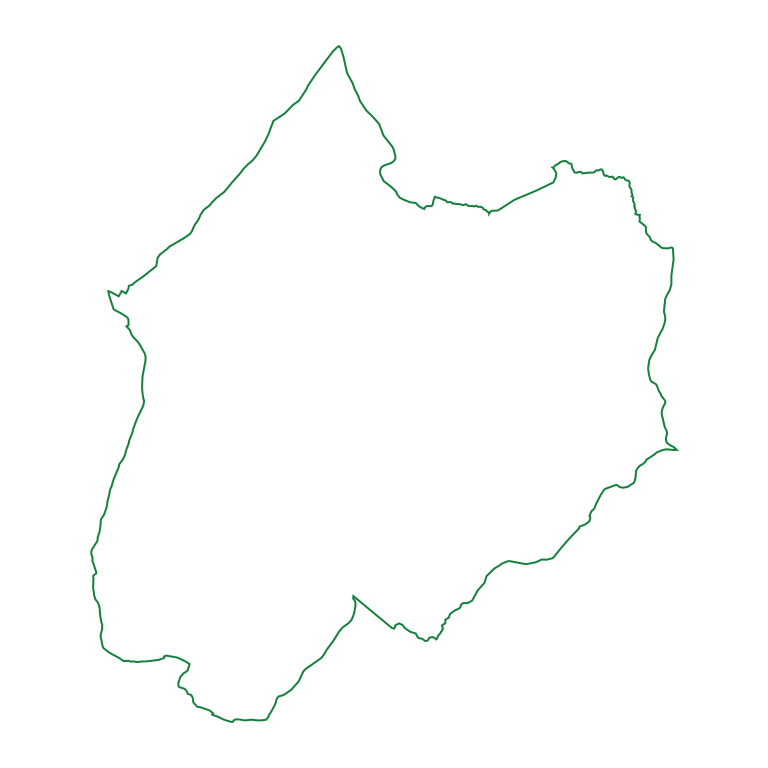 Tinjacá, Boyacá, Colombia
{"feature_id": "7082276B8672665666879", "entity_name": "Tinjacá", "entity_type": "district", "adm_level": 2, "iso_a3": "COL", "parent_name": "Colombia", "parent_adm1": "Boyacá", "projection": "mercator", "projection_center": [-73.669, 5.581], "detail": "fine", "context": "isolated", "style": "outline", "palette": "green", "viewbox_px": 768, "rotation_deg": 0, "n_neighbors": 0, "source": "geoboundaries", "source_scale": "gbopen_adm2", "svg_char_len": 6097}
<svg xmlns="http://www.w3.org/2000/svg" viewBox="0 0 768 768"><path d="M676.7,449.9L673.8,447.1L669.8,445.1L667.3,443.1L666.2,441.2L665.8,438.5L666.9,434.4L667.0,432.4L666.6,430.9L664.7,427.0L661.7,414.0L661.7,412.4L662.5,408.5L663.8,405.5L664.8,404.1L665.4,401.7L665.0,400.6L661.3,395.7L660.8,394.0L658.9,391.1L656.6,385.1L655.7,384.0L651.7,381.8L650.8,380.7L650.1,379.3L648.8,373.8L648.1,368.2L649.3,360.0L651.6,355.1L654.8,350.1L657.8,337.8L662.4,329.2L664.5,323.5L665.3,319.3L665.1,316.2L663.9,311.6L665.1,300.0L665.4,298.4L667.1,294.8L669.8,290.1L671.4,284.1L671.4,275.3L673.6,259.6L672.9,248.3L672.1,247.7L671.0,247.5L668.0,248.4L662.7,248.1L661.6,247.7L655.9,243.1L652.5,241.5L651.1,240.3L649.6,236.9L646.8,234.0L646.0,232.0L645.8,227.0L645.3,226.1L639.5,221.5L639.9,218.9L639.4,215.9L639.8,214.9L636.3,214.5L635.3,213.7L636.1,211.9L636.2,211.1L634.9,208.9L634.8,207.0L634.1,206.3L634.7,204.8L632.9,200.2L633.3,197.8L632.9,197.0L631.6,196.4L632.4,194.7L631.4,192.1L631.7,190.2L630.8,188.4L629.8,187.4L629.4,186.0L629.7,182.9L629.2,181.3L628.7,180.8L626.6,180.4L625.1,179.6L624.2,178.0L623.4,177.3L622.7,177.3L621.4,178.0L619.7,176.9L618.9,176.9L615.5,179.4L614.0,178.9L613.3,177.3L612.5,176.7L609.3,177.0L606.2,175.4L605.4,175.9L604.9,175.8L603.5,174.1L603.1,171.2L602.4,170.7L602.0,169.6L601.3,169.4L600.6,169.4L598.8,170.4L596.2,170.3L594.3,172.2L592.2,172.7L589.2,172.6L582.5,173.4L580.7,171.8L578.0,172.2L576.8,172.8L574.6,172.5L572.1,167.8L571.5,164.1L570.7,163.5L569.3,163.5L566.1,161.2L564.0,161.0L560.7,161.8L559.0,163.3L555.6,165.2L553.6,167.3L552.5,167.5L553.8,168.7L555.7,172.0L556.3,173.9L555.7,177.5L553.3,182.4L536.8,190.4L514.5,199.8L497.9,210.5L491.7,210.8L490.6,211.5L489.2,213.6L489.2,212.7L488.5,212.1L487.0,211.6L486.1,210.2L483.8,209.4L482.6,207.7L480.9,206.9L477.6,206.7L476.3,205.7L473.8,206.5L472.3,205.9L469.1,206.1L467.6,205.5L466.2,204.3L465.2,204.4L463.7,205.1L461.7,204.8L459.9,204.1L455.6,204.0L454.3,203.4L452.9,203.7L451.2,202.3L450.1,202.0L447.3,202.3L446.1,200.7L445.2,200.2L444.2,200.1L438.7,197.7L436.8,197.6L434.9,196.7L433.5,200.6L432.7,204.6L432.0,205.6L431.1,206.2L427.4,206.0L426.3,206.3L425.0,207.4L424.4,208.9L422.3,208.2L418.7,206.1L415.5,202.8L412.1,202.6L409.6,202.1L402.1,199.0L399.8,197.6L397.3,194.7L396.1,191.7L394.3,189.8L391.0,186.7L383.7,181.1L380.4,174.6L380.0,171.9L380.3,169.4L381.4,167.3L384.1,165.5L391.3,163.0L393.7,161.2L395.4,158.7L395.4,156.6L393.6,149.3L392.7,147.2L383.4,135.4L379.1,123.9L372.1,116.1L366.5,110.7L360.1,101.2L358.1,95.6L354.6,89.1L352.9,83.8L347.0,72.9L343.6,57.3L340.9,48.5L338.9,46.1L336.7,47.7L332.9,51.4L315.6,74.4L307.5,86.4L307.0,88.3L299.0,100.6L292.8,105.1L284.7,113.5L273.4,120.9L268.6,133.8L265.0,141.4L256.6,155.6L252.7,160.3L248.1,164.2L244.0,168.3L239.4,174.2L231.9,182.6L224.5,191.7L216.2,198.1L211.9,202.6L209.6,205.4L204.0,209.7L200.8,214.2L198.5,219.5L194.5,225.3L191.8,231.4L190.0,233.9L183.4,238.5L169.6,246.5L166.9,249.1L160.2,254.3L157.7,257.5L156.2,266.1L143.8,276.0L135.0,282.2L132.2,284.8L129.2,285.6L128.8,286.0L128.4,288.8L126.0,293.4L121.7,291.0L118.7,296.3L110.4,291.8L108.3,291.2L109.3,296.0L113.5,308.9L114.2,309.7L122.2,314.0L126.7,317.0L127.9,318.3L128.4,319.8L128.6,324.2L128.0,325.6L126.5,326.3L130.1,330.4L131.2,333.8L133.1,336.9L138.4,342.5L140.1,345.3L144.7,353.5L145.6,356.7L145.5,360.6L142.6,376.0L142.4,378.7L142.1,386.8L142.3,391.3L143.0,396.8L144.1,401.2L143.2,405.9L137.9,416.7L135.1,423.6L133.1,429.6L132.3,433.0L129.1,440.8L128.8,443.1L126.2,450.0L125.0,454.9L122.9,459.3L119.1,464.5L118.9,466.7L113.4,480.0L111.4,486.8L110.1,489.6L108.8,496.6L107.4,501.6L107.1,505.1L106.4,508.0L103.9,514.9L101.3,518.7L100.7,520.1L100.7,523.3L99.8,530.7L97.8,537.0L97.4,540.9L92.4,548.8L91.3,551.5L91.3,554.1L92.5,557.4L92.4,560.5L96.3,572.4L96.0,573.7L93.6,575.3L93.1,576.6L93.5,578.1L93.1,587.5L94.3,595.9L95.3,599.2L98.1,602.8L99.6,607.9L100.2,615.8L101.4,622.5L102.2,624.6L102.1,629.2L100.7,634.6L100.7,636.5L102.5,645.8L103.4,648.0L107.4,651.2L110.8,653.5L118.9,657.8L123.5,661.0L128.7,660.8L130.2,661.5L134.5,661.5L135.9,661.9L138.6,662.0L141.4,661.5L146.0,661.4L157.2,660.1L159.8,659.5L164.2,657.9L164.1,656.4L166.3,655.6L177.5,657.6L185.1,661.2L189.6,664.1L187.7,670.4L185.7,672.1L183.8,673.1L180.5,676.6L178.6,682.1L178.2,684.4L178.7,686.4L179.2,687.1L184.6,688.8L186.7,691.0L187.8,693.8L188.5,694.3L190.1,694.5L191.3,695.3L192.7,697.6L193.3,702.4L197.3,706.8L200.5,707.3L209.5,710.4L213.2,713.4L212.2,714.7L212.4,714.9L216.9,716.3L224.0,719.7L230.5,721.7L232.8,721.9L234.1,720.0L235.6,719.4L238.8,719.4L244.7,720.4L251.7,719.7L257.5,720.4L262.0,720.3L266.2,719.7L268.3,717.0L269.4,714.2L270.7,712.6L274.3,706.0L275.4,703.8L276.6,699.2L277.4,697.7L279.0,696.3L281.9,695.6L285.1,694.1L291.3,689.7L298.7,681.4L303.3,671.4L305.6,669.0L321.1,658.1L322.0,657.1L324.4,654.0L326.8,649.6L333.1,641.2L339.4,631.1L342.7,627.4L348.5,623.2L351.6,619.8L353.9,614.0L355.5,606.0L355.5,603.6L354.8,600.6L353.2,598.6L353.4,596.1L391.9,628.0L394.2,628.5L395.0,627.0L395.3,625.3L399.1,623.4L402.6,625.0L404.6,627.9L410.2,631.8L415.8,633.5L417.8,637.5L419.1,638.2L422.4,638.8L424.9,640.9L426.5,640.9L427.9,640.3L429.4,637.7L432.3,637.1L433.7,637.4L436.3,639.4L437.3,638.2L437.7,636.4L440.6,632.8L443.0,628.7L441.9,625.6L442.9,624.6L445.3,623.4L445.3,620.2L445.6,619.5L449.0,617.5L449.4,615.5L450.4,613.6L454.6,610.6L459.3,608.4L460.1,607.5L461.2,604.5L462.3,603.7L463.5,603.0L467.4,603.2L472.1,600.7L477.0,591.8L477.1,591.1L484.5,582.8L486.5,576.1L494.4,568.5L499.4,565.5L501.9,563.6L507.9,561.2L510.0,561.2L526.0,564.2L536.0,562.2L541.8,559.5L546.7,559.7L552.3,558.3L553.8,557.1L561.7,547.2L570.0,537.8L578.6,528.9L579.3,528.1L579.3,526.7L584.5,524.8L589.0,521.7L590.0,519.6L590.3,517.3L589.5,516.0L591.0,512.2L591.9,510.8L594.2,508.7L596.1,503.9L600.7,495.0L603.8,490.1L605.2,488.8L615.9,485.0L617.1,485.1L619.6,487.0L621.7,487.5L623.3,487.7L627.4,486.9L632.8,483.6L634.3,482.2L635.6,477.3L636.0,471.1L637.2,468.7L639.5,466.0L643.2,463.8L645.5,461.5L646.5,459.6L653.8,454.9L656.6,452.5L662.7,450.0L666.6,449.3L673.7,450.0L676.7,449.9Z" fill="none" stroke="#15803d" stroke-width="2"/></svg>